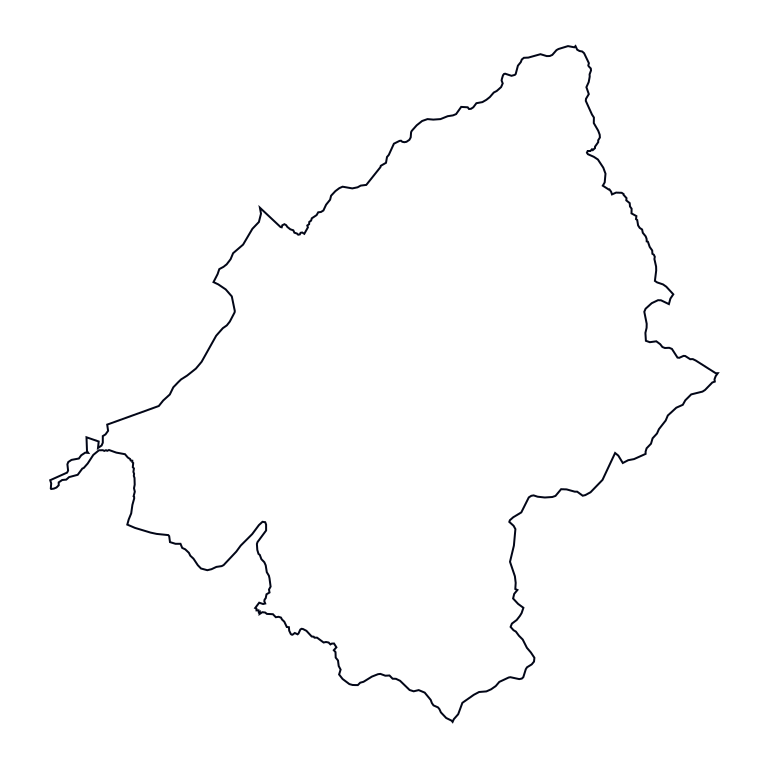 outline of Ráquira, Boyacá, Colombia
{"feature_id": "7082276B68805939866723", "entity_name": "Ráquira", "entity_type": "district", "adm_level": 2, "iso_a3": "COL", "parent_name": "Colombia", "parent_adm1": "Boyacá", "projection": "robinson", "projection_center": [-73.626, 5.497], "detail": "fine", "context": "isolated", "style": "outline", "palette": "ink", "viewbox_px": 768, "rotation_deg": 0, "n_neighbors": 0, "source": "geoboundaries", "source_scale": "gbopen_adm2", "svg_char_len": 6053}
<svg xmlns="http://www.w3.org/2000/svg" viewBox="0 0 768 768"><path d="M575.5,46.1L574.3,47.3L568.0,46.1L558.5,49.0L556.5,50.1L552.3,54.9L549.8,56.0L546.8,56.1L540.5,54.2L528.3,57.6L523.9,57.8L521.8,59.5L520.8,62.1L517.9,65.7L515.7,74.0L514.8,74.9L511.5,75.8L505.1,73.7L504.0,74.0L503.0,75.3L501.9,78.9L501.6,80.5L502.7,83.4L501.1,87.1L496.7,91.0L493.8,92.5L489.8,97.1L486.4,99.8L482.4,102.1L476.4,103.2L473.3,107.3L471.0,108.8L469.0,109.0L467.7,107.3L461.2,106.9L456.1,114.1L452.9,115.4L447.7,116.2L440.5,119.1L433.3,119.6L427.5,119.1L422.1,121.0L416.7,125.3L411.8,130.8L411.1,132.2L410.7,137.4L409.4,139.8L406.5,141.8L404.3,142.2L402.3,141.8L401.0,140.7L399.5,140.9L393.9,143.7L388.8,154.9L387.0,157.0L386.0,162.8L380.8,165.8L380.4,167.2L366.3,184.9L360.7,185.6L357.6,187.3L352.3,188.4L342.6,186.7L339.4,188.1L335.4,191.1L331.1,195.7L330.1,199.7L326.1,204.7L323.4,210.5L320.9,212.0L318.2,212.3L316.6,215.1L311.8,218.3L311.1,220.6L309.3,221.9L309.1,224.2L307.3,225.5L307.9,227.4L304.3,233.8L302.2,232.5L300.6,232.8L299.8,234.4L298.2,234.7L296.9,233.5L294.4,232.7L293.3,230.3L290.3,229.3L287.3,226.9L286.2,225.2L284.4,224.2L282.3,225.3L281.7,227.3L280.5,227.0L259.9,207.7L261.0,213.7L258.9,222.0L252.4,228.8L243.1,244.6L233.1,253.2L230.6,259.2L226.7,264.3L223.4,266.9L219.3,269.1L217.6,274.1L213.5,282.1L218.3,284.4L225.7,289.4L231.8,296.4L234.8,311.0L234.6,312.4L229.8,321.6L226.8,325.4L222.8,328.2L216.2,335.7L201.6,361.8L195.9,368.6L187.1,375.6L181.1,379.4L178.3,382.1L173.3,387.3L169.8,394.5L163.2,400.5L158.8,406.0L107.2,424.6L108.1,430.8L105.5,434.4L102.8,436.1L102.8,442.7L101.6,445.5L98.0,448.0L98.7,441.5L86.5,437.3L87.0,451.1L88.2,452.9L85.3,452.6L81.2,455.3L78.9,458.5L71.5,459.9L68.3,462.0L67.4,464.3L68.1,470.6L67.1,472.6L50.2,480.2L51.2,483.4L50.8,488.5L51.2,489.0L53.9,488.6L56.5,487.5L58.7,485.3L58.7,482.4L62.2,480.0L66.3,479.6L69.1,477.1L77.7,474.8L82.3,468.6L83.8,467.9L87.7,463.5L93.3,454.9L98.9,450.3L102.8,450.2L104.3,450.9L106.0,450.2L107.2,450.8L109.0,450.0L116.3,452.6L125.0,454.2L127.8,457.5L130.1,459.0L130.7,460.5L132.3,460.7L132.4,462.3L133.2,463.0L132.8,467.2L133.9,468.4L133.4,471.9L134.1,473.8L133.8,475.9L134.5,477.9L134.7,484.7L134.0,488.2L134.8,491.7L133.6,496.3L134.1,496.7L134.2,498.4L132.4,504.9L131.2,513.4L128.7,519.5L127.3,524.6L135.0,527.9L150.6,532.6L156.6,533.9L168.3,535.1L169.2,536.2L170.0,542.1L175.5,543.8L180.5,543.8L182.2,547.9L185.2,549.3L188.9,552.8L190.3,555.7L193.5,558.7L197.8,565.2L201.0,568.5L207.3,570.2L211.5,569.2L216.4,566.9L221.7,566.1L223.6,565.1L236.3,551.6L240.7,545.6L252.2,534.1L258.9,525.1L262.5,521.8L265.2,522.2L266.1,524.6L266.1,530.5L257.5,542.1L256.9,544.0L257.3,549.9L258.5,553.9L259.8,554.9L261.4,559.2L264.3,562.2L265.7,565.3L266.8,572.2L268.9,575.7L269.5,578.3L270.6,586.6L269.0,589.5L269.5,592.5L266.5,594.3L265.7,598.2L264.6,599.6L264.3,601.2L265.2,603.5L263.1,604.0L259.2,602.7L255.2,608.0L256.4,608.6L256.5,610.4L258.5,610.3L258.8,612.3L259.8,611.8L259.6,614.0L262.3,612.2L265.1,612.5L266.9,613.9L272.9,614.2L275.8,617.2L278.6,616.8L281.0,617.6L282.0,619.5L284.3,621.7L286.8,627.0L288.9,627.2L289.2,630.7L290.8,634.0L291.6,634.6L292.5,634.7L294.8,633.0L297.6,634.3L298.5,633.5L300.3,629.6L301.5,628.8L302.9,629.0L306.4,630.8L311.7,636.5L313.7,636.7L314.5,637.7L317.1,637.7L323.6,642.5L326.0,642.0L328.6,642.5L330.4,644.4L331.8,643.6L334.0,643.5L336.4,647.3L333.8,650.2L335.5,652.1L335.7,657.6L338.0,660.5L338.7,666.0L340.6,669.6L339.1,674.5L342.6,679.0L349.4,684.1L352.7,685.0L357.8,685.1L360.2,682.7L363.5,681.8L371.9,676.6L378.0,674.2L380.4,673.9L385.3,675.7L389.5,675.5L392.6,678.7L395.9,678.8L400.1,680.8L409.6,690.0L413.7,691.3L418.7,690.1L424.7,692.6L430.7,699.9L431.9,703.1L433.5,705.4L438.0,707.4L439.4,709.1L440.9,712.4L446.2,718.0L451.5,720.6L452.6,721.9L453.8,719.2L458.2,714.2L462.4,702.8L473.8,694.8L479.1,692.0L486.4,691.4L491.1,689.3L495.8,686.0L499.3,681.9L508.7,677.5L510.4,677.2L519.2,679.1L521.8,678.6L523.3,677.2L525.8,669.2L527.0,667.3L531.7,664.4L534.0,661.6L534.4,657.8L530.9,652.5L526.9,647.8L522.7,639.5L518.9,635.7L515.9,631.6L513.5,630.2L510.6,626.9L511.9,623.6L516.7,620.0L519.9,615.9L521.6,613.1L523.4,607.8L518.1,603.9L513.1,598.5L514.2,593.9L517.4,590.0L515.3,589.0L515.7,582.9L514.9,576.3L510.0,561.8L513.9,545.6L515.4,529.1L513.6,525.8L509.3,521.9L509.9,520.2L513.3,517.2L521.3,512.4L528.8,497.4L531.3,495.8L533.6,495.4L537.6,496.7L544.8,497.5L552.3,497.0L555.5,495.9L561.1,489.2L566.6,489.4L574.9,491.7L577.2,491.7L582.7,495.7L585.3,495.1L590.6,492.2L602.5,479.9L615.1,453.0L618.3,455.6L622.8,463.0L628.2,460.2L634.0,459.1L645.6,453.9L645.6,451.6L646.6,448.3L651.0,443.7L652.6,438.3L657.0,433.5L658.9,429.2L665.7,420.5L667.8,415.5L676.3,407.7L682.8,404.8L685.3,400.3L691.2,394.4L702.5,391.6L705.0,390.0L712.3,382.5L714.8,381.6L714.5,379.3L715.7,376.1L717.8,373.2L715.7,373.2L695.7,360.5L692.8,359.1L690.2,359.2L685.2,356.0L683.5,355.9L679.3,357.8L677.5,357.6L671.9,348.9L669.2,347.8L664.9,348.0L662.4,347.0L660.2,344.2L656.3,341.3L649.8,342.2L645.9,340.8L645.4,332.9L646.6,327.8L646.7,323.8L644.3,311.8L645.6,308.7L651.7,303.2L658.0,300.2L661.0,300.3L668.9,304.1L670.4,298.6L673.3,294.3L666.3,286.7L663.0,284.4L657.1,282.4L654.9,280.9L656.2,270.5L656.1,266.6L654.4,259.0L654.8,256.8L653.8,254.7L652.4,253.8L652.2,250.5L649.7,246.9L647.9,241.7L646.7,241.4L646.6,238.9L645.7,236.4L642.8,232.8L642.1,229.5L639.7,227.9L638.1,225.4L637.2,220.0L636.0,219.1L636.4,216.1L631.5,213.4L631.6,208.7L630.0,206.5L629.7,203.1L626.3,200.4L626.5,198.1L623.6,194.9L623.6,194.1L621.7,192.8L616.1,192.6L612.0,194.4L611.1,191.7L609.4,189.4L608.9,189.6L602.8,185.7L604.7,182.4L605.5,173.7L603.3,167.7L597.9,159.5L593.8,156.8L587.9,154.2L586.9,152.7L587.7,151.0L590.4,151.0L592.0,149.3L592.8,150.1L595.0,148.1L595.0,146.7L598.2,142.2L598.2,140.3L599.9,137.5L599.7,134.7L598.2,130.7L593.8,123.1L593.9,117.5L592.0,114.6L585.8,100.9L586.0,98.8L588.8,94.1L586.4,87.2L588.7,82.1L589.7,76.7L589.6,74.3L591.0,70.5L590.8,68.5L588.7,66.3L588.3,65.4L588.9,63.2L584.1,53.2L582.2,51.5L579.5,51.0L577.2,49.7L575.5,46.1Z" fill="none" stroke="#020617" stroke-width="2"/></svg>